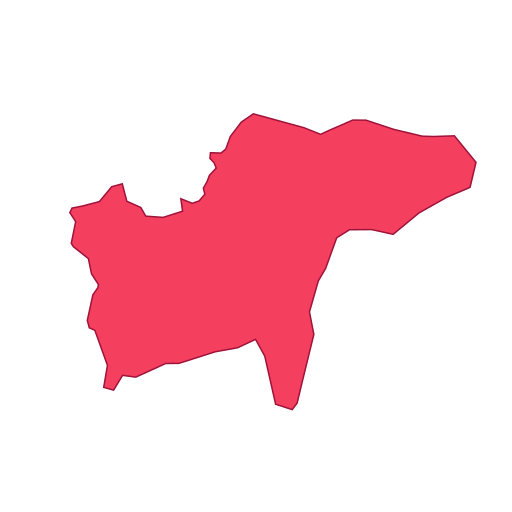 outline of Takeita, Zinder, Niger, rotated 194°
{"feature_id": "23599985B25575457251727", "entity_name": "Takeita", "entity_type": "district", "adm_level": 2, "iso_a3": "NER", "parent_name": "Niger", "parent_adm1": "Zinder", "projection": "equal_earth", "projection_center": [8.795, 13.951], "detail": "fine", "context": "isolated", "style": "filled", "palette": "rose", "viewbox_px": 512, "rotation_deg": 194, "n_neighbors": 0, "source": "geoboundaries", "source_scale": "gbopen_adm2", "svg_char_len": 1076}
<svg xmlns="http://www.w3.org/2000/svg" viewBox="0 0 512 512"><g transform="rotate(194 256 256)"><path d="M92.6,420.6L112.6,414.9L123.7,412.5L152.8,412.2L182.2,414.4L195.0,411.3L215.3,395.7L222.8,389.7L224.3,389.9L240.6,392.1L293.0,393.3L302.7,382.3L309.8,365.8L311.2,352.4L314.9,347.4L325.2,345.2L324.3,339.5L319.3,336.4L315.9,331.7L320.7,323.1L321.5,316.2L323.5,309.1L320.6,303.6L324.5,295.7L330.6,291.7L342.8,293.4L338.1,281.7L355.5,271.0L372.6,268.0L379.5,275.2L394.6,277.9L403.2,293.7L412.8,288.3L421.1,270.9L436.7,262.4L446.1,258.0L447.1,253.0L439.3,245.8L438.3,223.6L435.4,220.8L418.0,212.9L411.3,198.9L402.0,190.2L401.8,187.0L404.9,178.9L404.1,152.7L400.4,146.0L394.4,144.9L373.7,114.0L372.0,91.7L361.7,91.4L356.6,107.9L343.3,109.4L317.7,129.8L304.8,133.2L272.4,153.2L251.7,162.5L236.3,175.0L223.3,161.0L201.1,116.9L183.7,115.7L180.5,123.2L180.7,143.6L180.9,193.9L190.6,214.7L189.5,246.9L185.4,260.9L182.1,293.2L171.6,304.1L150.2,309.6L128.2,310.2L108.2,337.3L85.0,359.2L64.9,374.4L65.2,400.1L92.6,420.6Z" fill="#f43f5e" stroke="#9f1239" stroke-width="1.5"/></g></svg>